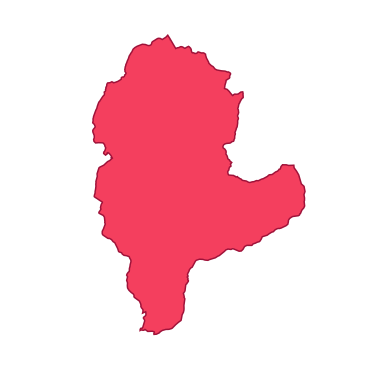 Pietroasa, Timis, Romania, rotated 13°
{"feature_id": "2599482B40704425505074", "entity_name": "Pietroasa", "entity_type": "district", "adm_level": 2, "iso_a3": "ROU", "parent_name": "Romania", "parent_adm1": "Timis", "projection": "albers", "projection_center": [22.44, 45.772], "detail": "fine", "context": "isolated", "style": "filled", "palette": "rose", "viewbox_px": 384, "rotation_deg": 13, "n_neighbors": 0, "source": "geoboundaries", "source_scale": "gbopen_adm2", "svg_char_len": 5969}
<svg xmlns="http://www.w3.org/2000/svg" viewBox="0 0 384 384"><g transform="rotate(13 192 192)"><path d="M205.9,325.0L208.1,322.0L210.2,319.6L210.2,317.8L210.0,313.9L210.7,311.1L210.7,308.9L210.4,307.2L209.6,304.2L209.1,298.1L208.9,297.4L208.0,296.5L207.9,295.6L206.4,292.6L207.2,290.8L207.4,289.8L206.8,283.9L207.2,282.9L207.7,282.4L207.6,281.9L208.4,280.3L208.5,279.7L208.3,278.8L207.7,278.6L207.5,278.3L207.5,276.9L206.5,276.0L206.6,275.4L207.1,274.8L206.3,273.8L206.1,273.2L206.4,271.5L206.8,270.1L207.0,268.1L208.1,266.1L209.1,265.2L210.9,258.6L211.5,257.6L214.4,255.8L217.8,255.2L219.9,255.4L222.9,255.0L224.1,254.0L229.6,250.8L231.4,248.9L232.9,247.8L237.1,242.4L237.9,240.9L239.9,239.5L242.9,239.2L244.2,238.2L245.3,238.1L251.2,239.1L253.3,238.4L254.6,236.4L255.4,233.6L256.0,232.8L257.6,231.6L262.2,230.6L262.7,230.0L263.0,229.1L263.7,228.5L265.4,227.5L266.8,226.3L268.7,225.3L269.3,224.5L270.1,222.1L270.5,219.9L271.0,219.5L275.1,217.1L276.1,215.8L278.6,213.3L280.3,212.3L281.3,210.4L282.7,209.0L284.2,208.1L285.2,208.0L286.9,207.1L291.2,203.7L292.6,201.9L292.6,199.2L292.4,198.8L292.4,197.6L293.1,195.8L294.5,194.2L295.7,193.2L300.9,191.2L301.7,190.5L301.9,190.2L302.0,189.0L302.5,188.6L303.1,185.0L304.5,182.4L304.9,180.3L303.4,176.0L303.5,174.9L303.0,172.5L301.7,169.5L302.0,166.1L299.9,161.3L296.7,159.5L292.1,151.3L289.3,148.3L286.1,145.5L285.8,144.8L285.2,143.0L280.1,144.4L277.8,144.3L274.1,145.1L273.0,147.1L272.8,149.7L271.7,150.3L271.6,150.8L270.7,152.4L268.9,153.7L266.2,156.9L263.4,157.9L262.8,158.5L262.0,159.8L258.4,163.0L256.9,163.8L254.1,166.1L252.2,166.4L250.0,168.0L248.3,168.6L246.3,169.7L245.0,169.8L242.5,169.1L238.4,169.3L237.1,168.4L235.4,168.1L234.1,167.5L233.6,167.5L232.7,166.8L231.7,167.4L231.2,167.4L230.4,166.9L229.9,167.0L228.9,166.5L224.2,167.2L223.7,167.0L223.1,166.3L222.2,164.3L222.7,162.6L223.0,162.2L222.8,161.1L223.0,159.3L224.1,158.3L223.8,157.0L223.2,156.3L223.2,155.9L223.6,155.4L224.1,154.3L222.2,153.4L221.2,152.3L220.1,152.0L219.3,151.3L218.6,149.8L217.8,148.6L216.5,147.4L216.3,145.4L215.8,144.2L214.3,142.8L212.4,142.0L211.9,140.8L212.2,138.9L213.1,137.9L214.7,136.9L218.0,135.8L218.7,135.2L219.6,134.0L220.9,133.3L221.3,132.6L221.1,131.7L221.5,130.2L221.0,127.5L221.2,126.4L221.1,125.4L220.5,124.5L221.0,120.4L220.8,119.9L221.2,119.0L221.3,118.2L221.0,114.6L220.4,112.2L220.7,110.2L220.3,109.2L219.4,108.0L219.2,106.9L219.5,105.8L219.6,104.2L218.6,101.4L217.9,100.6L217.8,100.2L218.0,98.5L217.9,97.2L218.0,95.1L218.4,94.5L218.6,92.8L219.0,91.9L219.0,91.4L219.5,90.1L220.0,89.2L220.4,88.9L220.6,88.3L219.7,85.2L219.6,84.4L218.9,83.0L217.0,83.7L215.1,86.0L213.8,86.6L211.4,87.1L210.6,87.9L210.2,88.7L209.8,88.9L207.0,86.8L205.6,85.6L203.1,84.1L200.4,83.9L200.1,80.5L200.3,76.9L200.1,75.5L202.8,72.7L203.0,72.0L202.5,70.2L203.0,69.0L203.0,68.3L202.8,67.7L202.5,67.5L200.6,66.8L199.7,67.1L197.0,66.8L193.4,67.3L188.8,67.5L186.8,67.0L184.4,65.1L182.4,64.5L179.5,62.8L179.1,61.9L176.0,58.3L174.5,55.7L174.2,54.7L172.6,54.0L171.6,53.9L170.2,54.4L166.6,54.1L166.3,54.2L165.5,55.6L164.7,56.1L163.4,56.4L162.5,56.0L161.0,56.3L160.5,56.0L159.4,54.2L159.3,53.6L158.4,52.3L156.5,51.1L155.8,50.9L153.9,52.5L153.0,53.5L152.6,53.6L150.2,52.8L148.7,52.8L148.0,53.1L146.8,54.2L145.1,54.9L143.9,55.9L136.9,48.5L136.6,48.5L136.2,47.7L133.1,44.7L131.7,47.1L128.7,50.1L126.4,49.5L124.7,49.8L123.8,50.3L119.6,54.5L119.3,55.3L119.2,57.1L118.7,58.1L117.7,58.8L116.3,59.2L113.4,58.8L110.4,59.2L105.8,62.3L103.9,64.1L102.5,66.1L101.9,69.0L101.0,71.0L101.0,71.7L100.4,72.9L100.2,74.0L100.0,76.5L99.4,79.3L99.4,80.2L98.9,82.8L99.0,84.0L98.8,85.1L99.0,87.0L98.9,87.5L99.4,88.8L99.5,89.5L101.0,91.0L100.8,92.2L100.1,93.1L100.2,93.5L100.0,94.7L99.4,95.4L98.4,95.6L97.8,96.0L97.4,96.8L97.7,97.8L97.6,98.2L95.0,100.8L92.0,102.8L91.2,102.9L90.9,103.2L89.2,102.6L87.4,104.0L85.3,104.7L85.0,105.3L84.8,106.3L85.0,107.7L84.6,109.6L84.8,110.3L84.7,111.8L85.0,112.6L84.8,113.5L84.0,114.4L84.6,115.8L84.7,117.1L83.6,118.9L81.6,124.4L81.0,125.4L80.5,129.3L80.4,132.1L79.9,133.9L79.1,140.6L79.2,141.8L79.1,143.0L79.6,144.8L79.7,146.9L81.7,148.2L83.0,150.2L82.9,150.9L81.7,153.3L81.5,154.4L81.9,155.8L84.1,159.1L84.6,161.3L84.3,162.8L85.1,164.7L87.0,165.9L90.1,164.9L93.9,164.2L95.0,164.5L95.7,165.3L96.3,165.7L96.8,166.9L98.0,168.4L97.9,170.7L97.6,172.1L97.2,172.6L97.1,173.8L97.3,174.4L99.5,175.5L100.9,173.8L100.5,173.2L101.2,172.5L102.7,173.1L104.6,174.5L106.1,176.2L105.5,176.7L105.7,177.1L106.3,176.9L106.2,176.7L106.4,176.5L106.8,176.9L104.8,179.8L102.9,181.4L100.0,185.7L96.4,188.7L95.9,189.5L95.4,195.6L96.2,198.1L96.0,203.3L96.4,204.6L96.5,205.9L97.1,208.0L97.4,210.9L97.5,213.3L97.8,214.9L97.6,217.2L97.8,218.5L98.6,218.9L106.9,222.0L107.0,222.6L106.4,224.3L106.3,226.5L106.4,228.0L107.1,229.1L106.7,230.6L106.0,232.1L105.9,233.1L106.0,233.4L106.5,233.7L110.8,234.8L112.3,236.2L113.8,240.5L113.9,241.5L114.7,242.7L114.0,248.0L113.4,250.4L113.8,252.5L114.3,253.4L115.0,254.0L120.2,256.0L120.8,256.1L122.1,255.8L124.3,256.5L126.3,258.1L128.2,258.8L132.3,263.8L133.9,266.5L134.7,266.8L137.0,267.0L138.1,268.2L140.0,269.0L142.5,268.8L145.2,269.1L145.5,269.3L146.0,270.2L147.4,271.7L147.9,272.5L148.2,273.7L148.1,276.5L148.3,278.5L148.2,280.5L148.6,282.6L148.7,283.5L147.9,284.6L147.2,286.3L147.0,287.7L148.3,289.1L148.2,292.8L149.6,295.0L150.1,297.9L150.8,300.0L152.3,301.6L153.1,302.2L155.4,303.6L157.8,304.6L158.8,305.8L159.0,307.0L159.5,307.6L165.3,310.1L167.1,312.5L167.8,313.9L167.8,314.7L168.1,315.3L168.8,316.2L170.4,317.4L170.8,318.1L171.1,319.6L171.1,321.1L173.8,319.1L174.2,320.0L174.7,321.8L174.7,322.5L174.2,323.5L173.0,325.0L173.0,325.5L173.0,325.8L174.6,327.4L174.9,328.3L174.5,334.8L174.1,335.9L172.9,336.3L172.6,336.6L172.4,337.7L172.6,338.6L173.3,337.9L175.6,337.7L176.6,337.2L177.1,336.5L180.3,337.8L184.6,336.6L186.4,336.7L186.8,336.9L186.7,338.7L187.0,339.3L189.4,338.5L191.9,336.5L192.5,335.3L194.3,333.5L197.4,331.8L200.4,331.0L202.6,329.8L203.4,329.1L205.9,325.0Z" fill="#f43f5e" stroke="#9f1239" stroke-width="1.5"/></g></svg>